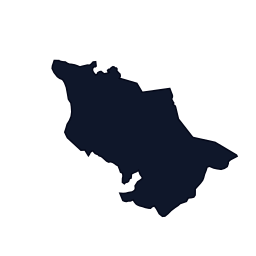 Alor Gajah, Melaka, Malaysia (Mercator projection), rotated 42°
{"feature_id": "92858781B21202151512611", "entity_name": "Alor Gajah", "entity_type": "district", "adm_level": 2, "iso_a3": "MYS", "parent_name": "Malaysia", "parent_adm1": "Melaka", "projection": "mercator", "projection_center": [102.174, 2.385], "detail": "fine", "context": "isolated", "style": "filled", "palette": "ink", "viewbox_px": 256, "rotation_deg": 42, "n_neighbors": 0, "source": "geoboundaries", "source_scale": "gbopen_adm2", "svg_char_len": 2523}
<svg xmlns="http://www.w3.org/2000/svg" viewBox="0 0 256 256"><g transform="rotate(42 128 128)"><path d="M59.6,100.4L57.9,102.3L57.9,105.1L57.5,107.0L55.7,108.4L54.4,110.3L52.7,112.7L51.4,114.8L48.8,115.7L46.2,116.8L43.4,118.5L41.7,119.8L39.8,120.5L37.2,120.9L35.6,122.2L33.5,123.5L31.5,124.3L31.4,124.2L28.0,127.2L29.2,129.8L30.3,132.4L31.8,134.5L35.9,136.2L41.1,137.1L44.0,136.8L46.3,135.9L47.8,135.9L50.7,136.8L55.1,139.1L61.2,143.8L64.4,146.4L66.4,147.0L68.7,147.5L71.6,149.9L75.4,153.6L78.0,157.4L79.5,161.5L80.3,165.9L82.1,169.6L83.8,173.4L86.5,174.6L89.5,175.8L107.9,176.0L110.7,173.2L117.1,175.1L116.9,173.6L116.3,171.5L116.5,169.5L117.1,168.5L120.6,168.9L122.1,168.4L123.4,167.8L125.1,168.0L126.9,167.1L128.8,166.9L131.2,166.9L134.2,166.9L136.4,166.3L137.7,164.6L139.8,163.7L142.2,163.3L144.0,163.2L145.9,162.6L149.3,164.3L152.0,165.8L154.3,165.2L156.5,167.1L157.8,169.3L160.2,172.1L162.6,171.9L162.6,170.2L163.8,168.5L164.0,167.1L163.0,164.8L163.8,163.2L162.8,161.7L161.3,160.0L162.3,157.2L163.4,155.0L164.1,152.4L165.8,153.1L168.2,154.4L170.5,154.8L172.3,155.5L172.3,156.8L172.0,158.5L171.2,161.5L171.6,163.9L172.0,166.3L173.8,167.8L174.7,169.7L174.0,172.6L171.6,175.6L170.1,177.9L168.2,179.9L165.6,181.9L172.7,185.3L174.4,184.7L175.9,183.8L177.0,182.1L178.7,180.5L179.8,177.9L182.2,178.6L184.6,179.0L186.3,178.8L188.7,178.0L191.1,176.7L194.1,175.4L196.7,173.9L198.4,172.6L198.6,170.4L199.7,168.2L203.2,168.9L208.6,170.8L212.7,170.6L213.6,169.6L214.4,168.8L215.0,165.0L215.2,160.6L216.1,155.7L217.0,152.2L217.3,149.3L220.5,143.5L219.6,139.7L221.9,137.1L223.1,135.3L222.8,133.0L221.1,131.0L218.7,128.3L218.7,125.1L218.7,120.5L218.4,117.0L217.6,114.7L215.8,111.2L214.4,107.4L212.9,104.2L214.1,101.9L218.4,100.4L221.4,98.7L224.8,96.4L226.6,93.5L227.5,90.3L226.3,87.4L225.1,85.9L225.4,83.0L228.0,76.0L226.7,75.5L202.3,80.4L182.7,91.5L181.6,91.5L159.5,87.6L149.2,80.5L148.7,80.3L148.3,80.1L147.4,80.1L146.9,80.2L146.3,80.3L145.4,80.4L145.3,78.8L144.4,78.6L141.1,77.4L140.7,76.5L140.2,75.2L139.4,74.3L138.3,73.6L137.0,73.0L132.6,70.7L114.7,92.0L104.7,88.9L88.5,96.7L88.4,97.6L87.7,94.9L87.2,94.3L85.9,93.3L84.5,93.3L82.1,93.1L80.9,92.6L80.4,91.5L79.3,91.2L78.0,92.1L77.0,91.9L75.8,92.5L75.2,94.5L75.4,96.3L74.5,97.1L74.2,98.8L75.3,99.4L75.9,98.9L76.8,99.2L75.9,101.3L74.9,102.5L73.9,103.8L71.8,103.9L70.1,104.0L69.1,105.4L68.6,107.3L69.2,108.8L68.4,110.4L67.2,110.1L65.8,110.0L64.2,109.5L62.7,108.7L61.7,106.9L61.8,105.2L62.8,104.3L62.9,103.3L59.6,100.4Z" fill="#0f172a" stroke="#020617" stroke-width="1.5"/></g></svg>